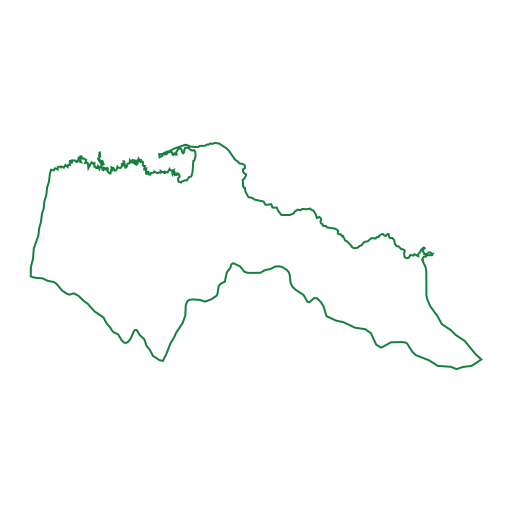 outline of Sabana de la Mar, Hato Mayor, Dominican Republic
{"feature_id": "3306468B29734552826956", "entity_name": "Sabana de la Mar", "entity_type": "district", "adm_level": 2, "iso_a3": "DOM", "parent_name": "Dominican Republic", "parent_adm1": "Hato Mayor", "projection": "equal_earth", "projection_center": [-69.405, 19.01], "detail": "fine", "context": "isolated", "style": "outline", "palette": "green", "viewbox_px": 512, "rotation_deg": 0, "n_neighbors": 0, "source": "geoboundaries", "source_scale": "gbopen_adm2", "svg_char_len": 6034}
<svg xmlns="http://www.w3.org/2000/svg" viewBox="0 0 512 512"><path d="M423.6,259.3L422.8,259.3L422.6,258.2L424.1,256.6L425.8,256.6L425.8,255.9L428.1,255.2L432.1,255.2L432.8,253.9L431.8,253.9L430.6,252.5L428.6,252.5L426.3,254.2L424.1,253.9L424.1,252.9L422.8,251.5L422.8,250.2L424.6,248.2L423.8,247.5L420.8,250.2L419.9,252.5L418.6,253.5L418.1,254.6L418.3,256.2L414.4,254.2L413.4,255.6L410.4,254.9L408.6,257.9L406.1,258.2L404.4,256.6L404.1,252.9L404.9,251.5L404.4,250.2L402.9,249.2L401.1,249.2L398.9,246.5L396.4,246.2L394.9,243.8L394.1,240.1L392.4,238.1L389.6,237.8L388.9,236.4L388.6,234.1L387.4,234.1L385.9,235.8L384.6,235.8L383.1,234.1L381.9,234.1L379.1,235.8L378.6,237.1L376.6,237.1L375.6,238.5L371.4,238.1L368.1,241.1L364.1,242.1L361.4,245.5L359.9,245.8L357.4,247.8L353.9,248.2L351.7,246.8L351.7,246.2L347.2,241.5L345.2,240.5L343.7,237.4L342.7,236.8L342.9,235.8L341.2,235.4L340.9,234.4L338.4,234.1L337.7,233.1L338.2,231.1L337.4,230.1L335.2,228.7L326.9,227.4L325.9,226.0L323.4,226.0L322.7,225.4L322.7,224.4L321.4,223.7L320.4,221.7L321.2,219.7L320.9,218.3L319.4,217.0L316.9,218.0L315.7,214.3L313.4,210.6L310.9,209.6L310.2,208.6L305.9,209.3L302.4,208.9L300.2,210.3L297.7,209.6L294.7,211.6L293.9,213.3L290.0,215.0L281.5,215.0L278.5,211.3L276.7,207.6L272.5,207.6L271.2,204.2L266.0,204.9L265.0,204.2L263.7,201.6L254.2,199.5L252.2,197.9L248.5,197.2L245.5,191.8L244.8,187.8L244.0,187.8L243.0,185.8L242.8,179.7L244.0,179.1L246.0,175.4L245.8,174.0L244.2,173.4L243.0,171.4L243.0,169.4L245.0,168.0L244.7,165.3L242.8,164.0L239.0,163.3L238.3,162.0L235.0,159.6L228.8,150.6L226.3,148.2L219.0,143.5L214.8,142.9L212.3,143.9L210.0,143.5L209.0,144.5L207.3,144.5L204.5,145.9L199.8,145.9L198.0,147.2L189.8,146.5L186.8,144.9L184.8,144.9L174.3,148.6L168.3,151.6L166.8,151.6L165.8,152.6L164.3,152.6L163.1,153.9L159.1,154.3L159.6,157.3L162.3,155.9L162.8,154.3L166.3,154.3L168.3,152.2L169.8,152.2L170.3,151.6L171.8,152.2L172.8,154.9L173.6,154.9L174.3,153.3L175.3,153.3L175.8,154.6L176.6,154.6L176.3,151.9L178.6,148.6L180.8,148.6L181.6,149.6L182.1,152.2L183.1,153.3L184.1,152.2L184.1,150.6L185.3,147.6L188.8,147.9L189.6,149.2L192.1,150.6L194.3,150.2L195.3,152.2L195.6,155.9L194.3,160.6L193.3,161.0L192.6,171.4L191.6,175.7L190.8,176.7L189.1,177.1L186.8,180.4L184.8,180.4L181.3,181.8L181.1,182.4L178.8,181.8L178.1,180.4L178.1,178.4L179.6,176.7L179.3,175.1L178.3,173.7L177.3,173.7L176.6,175.7L176.6,173.7L174.8,175.1L174.1,174.0L174.6,173.4L174.6,171.7L174.1,171.7L172.6,174.4L172.3,172.7L173.6,170.0L171.8,170.7L170.1,170.0L169.6,169.0L167.6,172.4L165.3,171.7L165.1,173.0L164.3,173.0L164.1,172.0L161.8,172.0L160.6,171.0L160.6,172.7L158.6,172.4L158.1,173.0L156.8,173.0L154.3,171.4L153.6,172.7L150.8,173.0L150.3,174.7L148.6,174.4L148.4,171.7L147.4,172.0L146.9,173.7L146.1,173.7L145.9,171.0L146.4,168.3L145.6,168.3L145.1,169.7L144.1,169.4L144.9,166.0L143.4,166.0L142.6,164.7L143.1,162.3L142.4,161.6L140.9,162.0L140.9,160.0L139.4,160.0L138.6,158.6L138.1,160.0L139.1,161.3L137.9,161.3L137.6,163.3L136.6,164.7L135.6,164.3L136.1,162.6L135.9,160.6L135.1,160.6L134.6,162.0L134.1,160.3L132.6,160.0L132.1,161.3L132.9,162.6L131.1,162.0L129.9,160.3L129.6,163.3L127.6,163.7L126.6,167.0L125.9,167.7L125.4,167.7L124.1,161.3L123.4,161.3L123.6,165.3L123.1,165.3L122.9,164.0L121.9,164.0L121.9,166.3L120.6,168.0L118.1,167.7L117.4,166.7L116.6,169.7L115.6,170.7L114.9,170.7L113.4,168.0L111.4,167.3L111.6,168.7L112.4,168.7L112.4,170.4L110.9,170.4L110.6,173.4L109.4,173.4L107.6,171.4L107.9,168.7L107.4,168.0L106.9,168.0L106.9,169.7L105.9,169.7L105.6,168.7L104.4,169.4L104.4,168.0L103.7,167.7L103.2,170.0L102.4,169.7L102.2,167.7L100.9,166.7L100.2,166.7L99.4,169.0L97.9,166.0L97.2,168.0L96.2,168.0L95.4,166.7L94.4,166.7L94.4,163.0L92.9,163.7L91.7,162.3L90.2,164.3L90.2,165.3L89.4,166.0L88.4,165.3L88.9,167.0L88.4,168.0L87.9,163.3L87.2,162.6L85.2,163.0L86.2,160.0L83.2,158.3L82.4,158.6L81.4,156.3L80.4,156.3L80.4,160.3L81.2,162.3L80.2,162.0L79.9,160.0L79.2,159.3L79.4,157.6L78.7,157.6L78.7,159.6L77.7,160.3L77.7,161.6L77.2,162.0L76.4,162.0L75.4,160.6L72.4,160.3L71.9,162.6L71.2,162.6L71.7,160.6L69.9,161.0L69.7,162.0L70.4,162.6L69.7,164.3L69.9,165.0L68.2,165.0L67.7,167.0L65.4,165.0L63.9,167.7L62.4,166.7L61.2,166.7L60.9,167.3L60.4,166.7L59.0,166.7L57.7,167.3L57.7,169.4L55.0,168.3L53.7,170.4L51.1,169.7L49.9,173.6L49.0,181.5L47.2,187.2L46.3,195.1L44.5,200.8L43.6,208.7L42.0,213.6L40.9,222.3L39.2,228.0L38.3,235.9L33.8,248.4L33.0,258.9L30.9,266.9L30.7,276.4L34.1,277.6L42.6,278.4L47.6,280.8L53.9,282.0L56.6,284.0L62.4,290.8L67.2,293.9L69.4,294.6L73.9,293.4L78.6,295.9L83.8,301.0L87.6,303.7L94.5,311.4L103.5,317.5L106.7,323.6L110.1,327.3L112.0,330.6L113.8,332.3L118.0,334.3L121.7,340.3L124.3,342.7L126.2,342.9L128.5,341.5L131.1,337.8L133.9,331.1L135.1,330.0L136.6,329.9L139.7,335.0L144.4,339.3L146.5,345.9L149.7,349.6L152.9,355.8L159.2,360.0L162.8,361.0L166.2,354.3L170.5,343.3L174.1,337.4L176.3,332.5L182.6,323.2L185.3,315.5L185.8,305.0L187.2,301.5L189.3,299.9L192.6,299.4L199.6,299.9L205.0,301.6L211.3,299.3L216.5,295.8L217.4,294.1L218.7,286.1L220.8,283.7L224.8,281.7L226.8,272.4L230.2,268.1L231.5,264.2L233.4,263.2L240.1,266.4L244.3,271.7L248.0,272.9L260.3,272.8L265.0,270.1L270.4,269.0L275.4,266.5L279.2,266.3L282.3,267.1L287.1,270.2L288.8,272.3L289.8,275.1L290.4,282.3L292.4,286.6L295.5,289.7L303.5,294.9L307.4,301.7L309.4,302.3L314.1,298.1L317.2,298.3L320.9,302.2L323.5,306.3L326.5,316.2L336.3,320.7L343.2,322.1L355.0,327.7L365.2,329.2L370.9,333.2L376.2,344.6L380.4,347.4L381.9,347.3L391.1,342.3L401.9,342.1L405.8,342.6L407.3,343.8L412.1,351.5L415.9,355.2L428.8,360.2L437.9,365.9L450.9,366.8L456.5,369.1L462.7,367.0L471.6,365.9L481.3,359.5L475.3,353.9L464.6,340.8L456.0,335.2L450.7,330.1L441.7,324.0L437.6,316.3L430.1,306.1L427.0,298.6L426.4,295.4L426.3,271.0L425.5,267.0L422.2,260.0L423.6,259.3ZM102.4,161.0L101.7,161.0L101.9,162.6L101.4,164.7L101.9,165.0L103.7,164.3L102.4,161.0ZM98.9,158.3L98.2,158.3L98.2,159.3L100.2,162.3L100.2,160.6L98.9,158.3ZM99.9,152.6L99.4,152.9L99.7,154.6L98.9,155.6L99.7,156.9L100.2,156.6L99.9,152.6Z" fill="none" stroke="#15803d" stroke-width="2"/></svg>